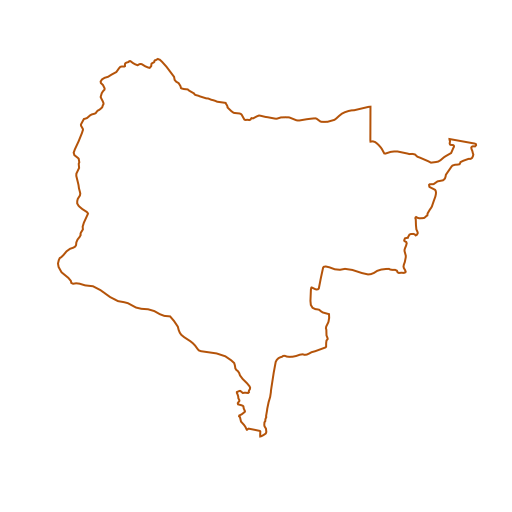 Democratic Republic of the Congo, Robinson projection, rotated 280°
{"feature_id": "COD", "entity_name": "Democratic Republic of the Congo", "entity_type": "country or territory", "adm_level": 0, "iso_a3": "COD", "parent_name": "Africa", "parent_adm1": "", "projection": "robinson", "projection_center": [23.721, -4.071], "detail": "fine", "context": "isolated", "style": "outline", "palette": "amber", "viewbox_px": 512, "rotation_deg": 280, "n_neighbors": 0, "source": "natural_earth", "source_scale": "50m", "svg_char_len": 6035}
<svg xmlns="http://www.w3.org/2000/svg" viewBox="0 0 512 512"><g transform="rotate(280 256 256)"><path d="M422.9,342.8L389.9,348.5L388.5,348.9L389.2,351.1L388.9,353.5L388.0,355.3L386.6,357.5L384.5,360.1L383.3,361.3L379.3,364.5L379.3,365.6L381.9,370.5L383.0,374.1L383.5,377.3L383.2,387.4L383.0,389.2L383.7,392.4L383.6,394.9L381.8,397.7L381.3,400.5L379.2,409.3L378.3,412.1L379.7,416.6L380.6,419.0L382.3,421.0L385.9,424.0L387.3,425.5L391.3,430.3L396.4,431.5L398.0,432.0L399.0,431.7L399.4,431.1L399.4,429.6L399.2,428.6L399.5,427.7L400.4,427.2L402.9,427.1L404.0,426.4L404.8,426.2L404.7,451.8L404.6,452.3L404.3,453.2L403.3,453.5L402.0,452.7L401.6,450.3L401.0,449.5L400.2,449.2L398.9,449.6L397.0,450.8L394.7,451.8L393.7,452.4L392.0,452.3L390.2,451.8L388.9,450.5L388.6,448.5L385.8,443.6L384.0,441.1L382.9,440.9L381.7,440.5L381.0,438.6L380.4,436.1L379.2,433.8L378.2,433.1L369.0,428.9L367.1,428.9L365.1,428.6L363.8,427.7L363.0,427.0L361.0,421.8L357.6,418.4L356.8,414.6L356.2,414.1L355.0,414.4L354.1,414.9L352.3,420.8L351.9,421.2L351.2,421.7L349.9,422.2L348.2,422.4L345.7,422.3L341.0,421.5L335.2,420.6L333.4,419.9L332.0,419.2L327.7,417.6L325.7,417.7L324.7,416.6L323.9,416.1L322.7,415.0L322.2,413.5L321.5,410.4L321.6,408.7L322.2,406.9L321.6,406.4L320.8,406.4L319.7,407.0L314.0,408.2L310.1,409.3L307.4,411.1L306.4,411.3L304.8,410.7L304.0,409.7L304.8,408.6L305.1,407.3L304.5,404.6L303.7,403.4L301.2,402.5L300.3,402.4L299.9,401.0L299.2,399.6L297.2,399.2L296.5,399.6L296.1,400.7L295.9,401.5L294.7,402.2L292.2,402.0L289.6,401.4L287.9,401.2L286.7,401.4L282.2,403.5L280.7,403.7L275.9,403.6L273.1,403.1L271.2,403.1L269.8,403.7L268.1,405.2L266.6,406.1L265.9,406.0L265.0,404.5L264.8,402.2L264.1,399.6L264.5,398.3L266.0,397.3L266.5,395.4L266.0,392.4L266.0,390.4L266.4,389.2L265.8,386.3L264.4,381.7L262.4,377.9L259.8,375.1L258.1,372.3L257.3,369.6L257.6,363.3L259.0,353.3L258.8,345.9L257.0,341.1L256.6,335.9L257.6,330.3L257.8,326.5L257.1,324.6L256.6,324.3L256.1,324.1L245.7,323.7L234.9,323.5L234.0,322.8L233.5,321.5L233.6,320.2L234.7,316.3L234.5,316.0L232.5,315.9L221.3,317.4L217.3,318.5L214.8,320.7L214.0,323.6L214.1,325.9L214.0,327.6L212.9,329.4L212.0,331.5L211.4,338.0L207.7,338.8L204.1,338.8L203.2,338.7L198.7,337.4L197.0,337.4L195.5,338.1L190.1,339.2L187.4,340.8L186.7,341.0L185.0,340.1L182.5,340.2L178.8,340.8L178.0,340.3L172.5,330.8L170.9,327.4L169.2,325.3L167.7,323.1L167.1,321.0L167.3,319.0L166.4,316.3L164.5,312.9L163.2,309.6L162.5,306.5L162.3,303.9L162.7,301.7L162.3,300.1L161.2,299.0L160.6,297.7L159.3,295.9L157.3,294.5L155.1,293.8L144.2,293.7L126.1,294.1L124.4,294.3L119.6,294.4L114.3,293.8L107.8,293.6L105.7,293.7L100.5,293.7L100.0,293.7L99.2,294.1L97.0,293.6L94.9,293.8L93.7,293.2L91.0,293.5L89.7,294.0L87.7,295.8L84.6,296.7L83.5,296.6L82.7,296.3L80.9,294.4L79.5,292.6L79.0,291.5L79.8,291.3L84.0,290.7L84.4,290.2L84.6,284.5L84.7,278.7L84.0,277.9L83.4,277.5L83.3,277.1L86.0,275.1L87.5,273.6L90.3,270.0L94.5,268.2L94.8,267.9L95.1,267.2L96.0,267.2L97.6,269.4L100.5,272.0L101.2,272.1L103.7,270.4L105.7,269.7L106.2,269.0L106.5,267.5L106.8,264.1L107.9,263.6L109.3,264.2L109.9,264.7L111.0,264.7L112.9,263.3L114.5,262.9L116.3,262.0L117.9,260.9L118.7,260.8L120.3,263.3L120.4,264.0L118.8,266.8L119.5,268.9L119.7,272.0L120.6,272.7L121.2,272.4L122.4,272.5L123.8,273.1L125.2,273.1L126.5,272.3L129.0,269.4L132.6,264.2L135.6,261.0L137.9,259.7L139.5,258.1L140.4,256.4L141.7,255.2L144.6,254.2L146.8,253.1L149.0,249.6L151.9,243.2L153.2,234.1L152.7,218.3L153.1,216.1L154.2,214.7L157.2,211.6L159.1,209.0L160.7,206.1L163.6,199.3L165.4,196.1L167.2,194.3L169.7,192.7L172.8,191.3L177.7,186.6L181.6,181.9L181.1,176.1L182.0,171.4L184.1,165.4L184.8,159.0L184.1,152.3L184.4,146.8L187.3,138.0L187.6,134.1L187.6,127.9L190.2,119.5L195.4,108.7L197.9,100.7L197.4,92.8L198.1,87.0L197.9,83.6L196.9,80.7L197.4,78.8L199.3,78.0L201.8,75.1L206.2,67.3L210.9,63.5L214.2,62.3L217.7,62.5L219.9,63.1L221.0,64.4L223.5,66.2L227.7,68.6L230.8,71.6L232.5,74.7L233.9,76.3L235.5,76.9L238.2,76.7L241.2,77.4L244.4,79.1L246.3,79.7L247.1,79.3L248.6,79.5L252.1,80.9L254.8,80.2L258.9,80.7L268.5,83.2L269.2,82.7L270.0,81.7L272.1,76.7L273.9,73.6L274.7,72.5L276.7,70.8L279.1,70.4L281.4,70.6L285.0,72.1L287.0,72.1L288.9,71.3L291.9,69.9L295.0,68.9L297.6,67.8L303.7,65.1L305.9,64.8L312.0,66.5L316.0,65.4L317.6,65.7L321.0,64.5L321.6,63.7L323.8,59.6L326.1,58.5L329.6,59.1L338.2,61.4L346.7,63.2L350.2,63.7L351.1,63.4L353.9,61.1L354.8,60.8L355.6,60.9L361.0,62.7L361.7,64.2L362.6,65.7L365.8,68.3L366.9,69.7L368.2,72.5L369.1,73.5L370.5,74.1L371.7,74.9L372.5,76.0L373.6,77.1L375.7,78.7L377.9,79.0L378.9,79.4L380.0,79.3L381.8,78.2L384.0,76.5L385.6,75.4L389.5,75.8L391.7,76.7L393.5,77.9L394.8,77.8L397.8,75.6L399.4,73.2L400.9,72.7L403.2,73.7L405.2,76.0L406.8,79.2L409.6,82.3L412.9,86.5L417.1,88.5L418.7,89.5L419.2,90.6L419.5,91.9L419.7,93.4L420.2,94.0L422.3,93.6L423.3,94.0L424.1,95.1L424.9,96.8L425.9,97.4L426.1,98.5L424.7,101.2L423.8,103.7L423.3,106.3L424.6,107.8L424.9,108.5L425.1,109.4L425.0,110.4L423.6,113.9L422.9,117.0L422.8,118.6L424.7,119.8L427.2,119.7L428.0,120.4L428.7,121.5L429.4,122.1L430.5,122.1L431.2,122.5L431.5,123.3L433.0,125.1L432.7,126.3L432.6,127.2L430.9,129.8L426.9,134.9L418.2,144.2L415.3,145.3L413.8,147.1L412.8,149.8L410.2,152.1L408.3,153.0L408.1,153.6L407.9,156.1L408.2,159.8L407.2,161.5L405.3,166.8L404.7,167.2L404.1,168.2L403.8,171.6L403.5,172.7L402.6,179.6L402.8,181.6L402.1,184.8L402.0,186.8L401.7,189.0L401.2,190.9L401.5,199.5L400.7,200.0L399.4,201.2L398.2,202.0L397.3,202.2L394.4,206.5L393.4,208.5L393.1,209.5L393.5,215.2L393.2,216.5L392.7,217.3L388.4,220.8L388.1,221.8L388.7,224.1L388.7,225.8L389.3,226.8L391.0,227.6L391.0,229.2L393.6,232.5L394.9,234.6L394.9,236.4L394.6,241.1L394.7,243.5L394.6,251.0L394.8,252.6L396.8,256.5L397.7,260.8L398.2,264.0L398.2,265.0L396.7,272.1L396.7,273.4L397.0,275.2L399.5,282.2L400.7,286.1L401.6,289.3L401.9,290.8L401.7,291.9L399.7,295.9L399.5,297.1L400.0,300.2L400.6,303.2L403.7,309.6L405.4,311.2L408.4,313.5L411.1,315.9L413.0,318.5L414.9,322.0L416.0,324.8L416.6,327.4L422.4,340.9L422.9,342.8Z" fill="none" stroke="#b45309" stroke-width="2"/></g></svg>